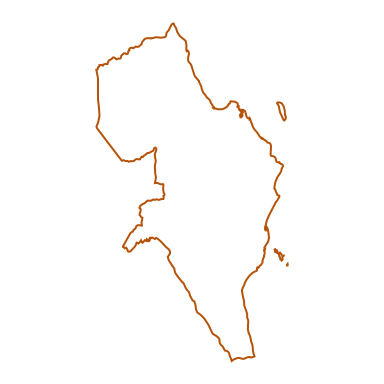 Salima, Salima, Malawi (Equal Earth projection)
{"feature_id": "42251766B16377643813547", "entity_name": "Salima", "entity_type": "district", "adm_level": 2, "iso_a3": "MWI", "parent_name": "Malawi", "parent_adm1": "Salima", "projection": "equal_earth", "projection_center": [34.375, -13.765], "detail": "fine", "context": "isolated", "style": "outline", "palette": "amber", "viewbox_px": 384, "rotation_deg": 0, "n_neighbors": 0, "source": "geoboundaries", "source_scale": "gbopen_adm2", "svg_char_len": 6019}
<svg xmlns="http://www.w3.org/2000/svg" viewBox="0 0 384 384"><path d="M254.5,356.4L253.1,352.0L252.5,345.3L251.2,341.5L250.1,336.2L248.6,332.8L247.8,328.9L248.1,326.3L247.8,325.9L248.2,323.6L248.2,320.4L247.2,317.6L247.2,314.5L246.3,311.1L244.3,305.7L244.0,300.9L242.9,296.4L242.0,290.9L242.0,290.1L242.6,288.1L244.2,285.2L244.9,282.6L247.0,279.0L250.0,275.1L252.6,272.8L254.7,271.6L256.6,270.9L257.0,270.0L256.8,269.0L257.2,267.7L257.4,267.4L258.0,267.8L258.4,267.3L258.9,267.3L259.7,265.8L261.2,264.7L262.5,262.5L262.5,260.9L263.2,258.5L264.1,256.5L264.0,255.3L264.6,254.1L264.6,250.5L264.9,249.4L264.7,249.5L264.3,250.5L264.1,250.6L264.0,250.3L264.6,248.4L264.4,247.5L267.7,242.4L268.4,240.6L269.0,237.7L268.3,231.7L267.6,228.6L266.2,226.2L265.7,226.0L265.3,227.3L265.6,227.6L265.5,228.3L265.9,229.2L265.8,229.5L265.3,228.9L265.9,230.2L265.9,230.4L265.6,230.4L265.0,229.2L265.1,226.8L265.7,225.5L266.3,222.4L267.0,220.0L268.9,215.6L276.0,201.8L277.1,200.7L279.4,196.7L279.2,195.6L277.6,195.2L277.1,194.7L276.7,193.2L275.7,191.3L275.5,190.1L274.4,188.6L274.5,186.4L275.4,181.9L277.4,177.1L280.2,173.1L281.3,170.7L281.6,168.9L283.0,166.2L282.6,164.9L281.9,164.2L280.5,163.8L280.0,163.0L279.5,162.9L279.3,162.2L278.6,162.5L276.5,161.7L275.3,157.5L273.6,156.3L271.5,156.0L270.8,155.5L270.6,154.0L271.0,146.6L270.8,145.0L270.5,144.0L269.6,143.1L267.4,142.5L265.7,140.4L264.7,140.2L262.2,137.9L261.4,137.6L262.1,138.5L262.0,138.8L261.6,138.6L259.0,135.6L258.6,134.6L256.6,131.9L254.4,129.4L252.8,126.6L252.3,125.5L252.2,124.4L251.0,121.9L250.0,118.5L249.8,118.3L249.8,119.0L249.4,119.3L249.2,118.6L247.4,117.8L246.6,116.8L245.1,111.2L243.0,109.8L240.9,109.7L240.7,110.0L241.2,110.4L242.4,110.9L242.9,112.5L242.7,112.9L241.6,113.5L241.5,114.2L241.7,114.3L241.6,114.8L241.7,115.5L242.4,115.1L242.6,115.6L241.9,116.5L241.1,115.1L240.8,115.1L240.7,115.4L241.1,115.8L241.1,116.8L240.5,118.1L240.5,116.7L239.9,115.2L240.1,114.6L241.6,113.2L241.0,111.4L239.2,109.8L239.1,108.5L237.3,106.8L237.4,106.5L238.7,106.0L237.9,105.0L237.4,103.1L234.9,101.7L230.8,101.3L230.5,101.5L229.9,103.3L229.5,103.7L228.9,103.8L228.2,105.1L227.8,105.4L227.6,106.1L226.8,106.9L224.2,108.5L222.0,109.2L218.3,109.3L215.5,108.5L213.9,108.6L213.1,107.9L213.9,107.5L214.0,107.2L212.4,105.5L212.1,104.6L210.9,103.0L210.0,100.4L208.7,98.9L207.1,97.8L205.8,95.7L203.0,92.2L201.6,88.5L201.2,86.1L200.4,84.9L200.1,83.8L199.1,82.0L198.9,80.7L198.2,80.2L195.0,76.4L194.3,74.8L191.1,64.7L188.8,61.9L188.1,60.4L188.2,57.0L189.1,53.4L188.1,50.9L187.3,50.4L186.8,51.1L186.3,50.5L186.4,45.1L185.8,41.3L184.6,39.9L179.9,36.2L177.3,32.0L176.0,28.0L174.2,25.2L173.6,23.0L173.5,23.9L173.1,23.5L171.6,24.4L168.9,30.0L166.5,32.8L166.2,35.5L165.3,36.9L164.3,37.3L160.7,37.7L155.9,37.2L152.9,38.1L151.2,38.2L151.0,38.5L149.1,38.1L145.9,38.4L144.4,39.3L143.0,40.9L142.0,42.3L141.7,44.0L139.1,46.4L137.7,46.9L135.6,46.6L133.5,48.2L131.6,47.6L130.4,48.0L129.2,49.1L129.1,49.8L129.4,50.4L128.3,51.3L128.0,53.2L127.6,53.8L126.5,54.2L125.1,53.3L123.9,53.3L121.3,55.7L120.8,58.0L119.9,58.6L118.3,58.6L116.5,59.3L114.2,57.5L112.9,57.5L111.5,59.1L109.0,60.4L108.2,61.6L107.5,64.1L105.7,63.9L103.9,64.3L103.0,65.6L102.2,65.3L101.9,64.8L99.4,65.1L99.4,66.4L98.0,67.3L97.7,69.3L96.3,69.7L98.0,78.4L98.0,99.1L99.1,109.3L99.5,116.1L98.1,122.4L96.5,126.4L96.6,127.2L97.5,128.9L121.4,160.2L122.1,160.8L123.6,160.2L125.7,161.1L127.4,160.9L128.9,161.8L130.5,161.1L131.5,161.3L133.9,161.0L135.4,159.5L136.5,159.1L139.9,159.4L141.6,156.8L142.8,157.0L143.3,156.2L145.9,154.4L147.3,153.1L149.0,152.9L152.9,150.9L153.6,150.1L153.9,148.8L154.2,148.2L155.1,147.6L155.6,147.8L156.3,148.4L156.2,150.2L156.0,151.2L155.1,153.1L154.8,154.9L155.0,157.1L155.8,160.9L154.8,166.3L155.3,173.9L156.0,177.4L154.9,183.1L157.4,182.9L160.6,184.3L163.2,184.2L163.4,185.3L163.1,189.1L163.7,192.8L164.4,193.9L164.5,194.6L164.3,195.2L163.4,195.9L163.7,197.2L163.3,199.0L161.2,199.1L159.2,199.9L156.4,199.3L154.9,199.9L153.1,199.5L151.2,200.7L147.4,200.7L144.5,203.3L143.2,203.7L140.3,205.8L139.4,207.9L140.8,209.4L140.3,212.3L139.7,213.5L139.6,214.5L139.7,215.2L140.6,216.0L141.0,216.9L142.4,217.9L142.1,220.3L141.4,222.6L141.9,224.9L141.9,225.6L138.4,225.1L136.5,225.8L135.6,228.1L134.6,229.3L133.6,229.8L132.9,231.6L131.6,232.1L130.4,233.2L123.3,245.8L123.0,246.4L123.1,247.0L123.9,247.2L124.6,248.3L126.2,247.7L127.4,249.6L127.9,251.3L129.3,251.8L130.6,251.2L134.3,247.2L135.7,245.3L136.6,242.7L136.9,242.6L138.4,243.5L139.7,242.3L141.1,240.3L142.1,242.6L142.6,242.8L144.9,240.1L146.0,240.9L146.5,241.0L146.8,240.8L146.9,239.3L147.6,239.8L148.2,241.2L148.9,241.2L149.9,240.0L149.4,238.4L150.1,237.7L150.9,238.2L152.1,237.5L154.9,239.0L155.8,238.0L156.2,237.9L158.1,239.1L161.0,241.6L166.4,247.4L168.3,248.9L169.7,250.7L170.0,251.8L170.0,253.5L167.9,256.8L168.0,257.9L168.8,260.3L172.2,265.7L174.3,268.5L174.8,271.5L175.4,273.1L177.8,276.6L182.4,282.4L183.3,282.7L185.9,288.4L189.1,292.4L189.5,293.4L189.9,295.4L192.6,300.4L194.4,301.5L195.5,305.2L196.1,309.6L197.3,312.3L197.6,312.8L199.2,313.7L201.8,315.9L204.6,319.0L208.5,325.0L212.6,333.7L216.5,336.1L218.8,338.1L219.7,340.3L219.4,341.2L220.0,343.4L220.9,344.9L222.8,346.6L224.8,350.5L227.3,351.2L228.5,352.2L229.2,353.5L229.5,355.1L230.9,358.6L231.7,361.0L233.7,359.5L237.2,358.1L238.6,357.8L242.6,358.8L244.1,358.8L247.3,357.3L249.3,357.0L251.7,357.5L254.5,356.4ZM284.3,120.5L285.6,118.9L285.8,117.4L285.8,116.6L285.0,114.9L284.7,110.3L283.8,106.7L281.8,103.3L279.4,102.4L277.5,102.5L277.1,103.0L277.1,103.4L278.7,105.8L280.1,112.5L283.7,120.2L284.3,120.5ZM280.0,252.6L278.9,253.1L278.8,254.0L279.2,254.7L279.1,256.0L280.0,257.3L280.1,258.3L280.6,259.1L280.6,259.6L281.2,259.6L281.6,260.5L282.7,259.4L282.4,257.8L282.5,256.8L283.5,256.1L283.7,255.6L282.2,255.8L281.5,254.7L281.4,254.1L280.4,253.5L280.0,252.6ZM277.5,252.1L277.4,251.2L277.0,250.5L275.6,249.7L275.3,249.2L274.6,249.5L275.3,252.1L276.2,252.2L277.2,252.9L277.5,252.1ZM287.6,265.4L287.7,264.4L287.6,263.9L287.1,264.5L287.0,265.5L287.6,265.4Z" fill="none" stroke="#b45309" stroke-width="2"/></svg>